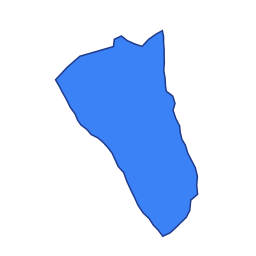 Mesquita, Rio de Janeiro, Brazil (orthographic projection), rotated 99°
{"feature_id": "56859067B83991596401746", "entity_name": "Mesquita", "entity_type": "district", "adm_level": 2, "iso_a3": "BRA", "parent_name": "Brazil", "parent_adm1": "Rio de Janeiro", "projection": "orthographic", "projection_center": [-43.451, -22.803], "detail": "fine", "context": "isolated", "style": "filled", "palette": "blue", "viewbox_px": 256, "rotation_deg": 99, "n_neighbors": 0, "source": "geoboundaries", "source_scale": "gbopen_adm2", "svg_char_len": 932}
<svg xmlns="http://www.w3.org/2000/svg" viewBox="0 0 256 256"><g transform="rotate(99 128 128)"><path d="M199.8,54.1L189.4,54.7L182.6,48.9L173.8,51.2L164.9,51.9L156.3,55.5L150.2,60.1L143.4,65.1L135.9,68.7L130.6,73.1L124.2,75.7L118.0,77.3L111.1,82.3L103.4,86.3L96.4,85.4L89.6,88.7L85.6,96.0L80.0,97.7L73.7,99.0L65.4,101.7L58.0,102.3L52.2,103.4L45.2,104.5L38.2,106.2L32.0,107.2L26.5,109.3L30.8,114.9L37.2,121.5L45.2,126.8L44.0,134.2L41.8,142.4L38.2,149.0L42.5,155.4L49.8,155.1L52.9,161.7L64.6,186.7L77.1,197.2L91.7,207.1L97.8,202.2L102.7,198.6L108.9,193.7L116.9,188.0L122.6,182.3L128.1,179.0L132.4,174.9L135.9,168.3L140.2,163.4L142.5,156.1L146.2,150.1L150.5,144.8L155.4,139.7L160.7,136.2L167.6,131.6L172.8,125.2L180.8,120.8L189.7,114.9L195.7,110.6L202.9,105.9L209.6,99.6L214.1,93.0L219.7,88.0L224.3,82.0L229.5,76.7L224.9,70.0L219.6,65.7L213.3,61.1L207.2,56.5L199.8,54.1Z" fill="#3b82f6" stroke="#1e3a8a" stroke-width="1.5"/></g></svg>